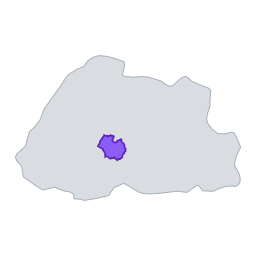 Athang, Wangdi Phodrang, Bhutan shown in context
{"feature_id": "84629894B35951750591258", "entity_name": "Athang", "entity_type": "district", "adm_level": 2, "iso_a3": "BTN", "parent_name": "Bhutan", "parent_adm1": "Wangdi Phodrang", "projection": "equal_earth", "projection_center": [90.199, 27.286], "detail": "fine", "context": "in_parent", "style": "filled", "palette": "violet", "viewbox_px": 256, "rotation_deg": 0, "n_neighbors": 0, "source": "geoboundaries", "source_scale": "gbopen_adm2", "svg_char_len": 5442}
<svg xmlns="http://www.w3.org/2000/svg" viewBox="0 0 256 256"><path d="M210.1,105.1L209.7,107.1L207.8,112.5L206.6,118.4L207.6,123.2L211.9,129.0L217.7,133.6L224.9,133.9L231.6,132.2L234.3,132.9L238.0,140.6L240.6,147.3L237.2,154.1L235.3,160.2L234.6,164.4L235.0,166.3L237.2,169.8L239.8,175.7L240.2,181.1L238.6,184.7L235.1,186.5L231.4,186.0L228.4,186.1L224.6,186.7L218.6,188.7L213.1,191.3L202.7,190.8L198.5,185.5L196.6,185.4L187.1,192.4L176.8,191.2L158.1,193.5L150.2,194.0L142.2,193.3L138.1,191.8L130.5,186.9L123.6,183.3L116.7,186.6L114.2,187.2L108.6,195.6L96.5,198.4L84.4,200.4L80.8,199.3L74.0,198.8L73.7,196.8L73.9,194.9L72.4,193.4L69.6,191.8L64.9,191.2L58.8,189.1L55.3,187.1L42.8,190.0L35.6,185.6L27.4,179.6L23.3,176.9L21.8,167.5L20.4,164.5L17.2,161.4L15.4,157.6L16.8,153.8L25.0,146.7L25.7,145.0L29.5,131.7L34.8,126.8L40.0,120.1L43.9,109.4L51.5,98.5L59.8,87.3L65.5,78.1L69.3,73.9L77.1,69.3L83.6,66.6L88.1,60.5L93.5,57.2L99.1,55.6L107.4,56.4L115.2,58.6L123.8,61.7L124.7,64.1L124.0,68.4L122.8,72.8L122.7,75.1L124.1,76.3L132.4,77.2L142.7,76.5L148.4,77.1L161.2,81.1L165.0,84.0L168.9,86.2L172.7,85.8L177.6,81.1L182.7,77.1L185.8,76.5L188.1,77.8L192.2,81.6L200.7,85.2L208.2,87.9L210.7,90.4L209.9,101.4L210.1,105.1Z" fill="#d9dde1" stroke="#a8b0b8" stroke-width="1"/><path d="M111.2,135.3L110.9,135.2L110.4,135.2L110.2,135.5L109.9,135.5L109.4,135.5L108.7,136.2L108.7,136.3L108.3,136.3L108.2,136.3L108.0,136.2L107.9,136.2L107.7,136.4L107.4,136.3L107.4,136.2L107.5,135.9L107.4,135.6L107.1,135.7L106.9,135.7L106.7,135.7L106.2,135.8L105.8,135.7L105.7,135.7L105.3,135.7L105.2,135.8L104.9,135.8L104.8,135.7L104.7,135.4L104.1,135.0L104.0,135.5L103.9,136.0L103.7,136.1L103.5,136.7L103.4,137.1L103.1,137.2L102.7,137.2L102.6,137.3L102.5,137.5L102.4,137.7L102.0,138.0L101.9,138.2L101.9,138.5L101.9,138.8L101.8,139.1L101.7,139.4L101.7,139.5L101.4,139.6L101.3,139.8L101.0,139.8L100.9,139.9L100.8,140.0L100.6,140.1L100.5,140.4L100.2,141.1L100.1,141.6L99.9,141.8L99.7,141.9L99.7,142.0L99.8,142.1L99.9,142.6L99.9,142.8L99.7,143.2L99.6,143.4L99.6,143.5L99.4,143.7L99.2,143.8L99.0,144.2L98.8,144.3L98.7,144.7L98.6,144.8L98.5,145.0L98.3,145.1L98.2,145.4L98.0,145.8L97.9,146.0L97.9,146.4L98.2,146.4L98.8,146.8L99.2,146.9L99.5,147.1L100.0,147.4L100.3,147.5L100.5,147.9L100.6,148.0L101.8,148.5L102.1,148.6L102.6,148.8L102.8,148.9L102.9,149.0L103.0,149.0L102.8,149.6L102.9,149.9L103.2,150.1L103.2,150.4L103.1,150.5L103.5,150.7L103.6,150.8L103.8,151.0L104.0,151.2L104.0,151.3L104.0,151.5L104.1,151.8L104.3,151.7L104.5,151.8L104.6,152.3L104.9,152.5L105.0,152.7L105.0,152.9L105.1,153.5L105.1,154.0L104.9,154.5L105.0,154.7L105.1,154.8L105.0,155.1L105.2,155.3L105.2,155.8L105.2,156.0L105.1,156.4L105.1,156.8L105.3,156.6L105.5,156.6L105.7,156.4L105.8,156.4L106.0,156.2L106.3,156.2L106.5,156.3L107.2,156.6L107.5,156.8L107.8,157.0L108.1,157.1L108.3,157.4L108.4,157.5L108.5,157.6L109.1,157.8L109.4,158.1L109.7,158.2L109.8,158.3L109.9,158.6L110.0,158.7L110.1,158.8L110.4,158.7L110.6,158.7L110.8,158.7L111.0,158.6L111.2,158.3L111.4,158.2L111.5,158.2L111.7,158.3L111.9,158.3L112.0,158.2L112.3,158.2L112.6,158.2L112.8,158.2L112.8,158.3L113.2,158.4L113.3,158.4L113.5,158.2L113.7,157.9L113.8,157.7L114.1,157.8L114.4,157.6L114.5,157.5L114.7,157.9L114.8,158.1L115.2,158.4L115.6,158.7L115.6,158.8L115.6,159.0L115.8,159.2L116.0,159.2L116.3,159.3L116.8,159.8L116.9,160.0L117.0,160.1L117.2,160.4L117.4,160.3L117.5,160.2L117.7,159.9L117.9,159.6L118.0,159.5L118.0,159.4L118.1,159.2L118.3,159.0L118.5,159.0L118.8,159.2L119.0,159.4L119.3,159.4L119.5,159.1L119.7,158.7L120.0,158.6L120.4,158.6L120.5,158.8L120.7,158.6L120.9,158.5L121.3,158.2L121.5,158.0L121.7,157.8L121.8,157.7L121.9,157.2L122.0,157.1L122.4,157.2L122.4,156.9L122.2,156.4L122.2,156.1L122.2,155.7L122.3,155.4L122.5,155.1L122.9,154.8L123.2,154.5L123.3,154.4L123.5,154.2L123.8,154.0L123.9,153.7L124.1,153.5L124.0,153.4L124.0,153.2L124.0,152.8L124.7,152.1L124.9,152.0L125.0,151.8L125.1,151.7L125.5,151.4L125.6,151.2L125.6,150.9L125.5,150.7L125.5,150.2L125.6,149.9L125.6,149.4L125.5,149.1L125.8,148.9L125.8,148.7L125.6,148.6L125.4,148.6L125.2,148.5L125.2,148.3L125.1,148.2L124.6,148.0L124.6,147.9L124.7,147.7L124.8,147.3L124.8,147.2L124.8,146.9L124.6,146.7L124.6,146.3L124.5,146.1L124.3,145.8L124.3,145.5L124.3,145.3L124.4,145.2L124.5,145.1L124.5,144.9L124.4,144.7L124.1,144.6L124.0,144.2L123.9,144.0L123.8,143.8L123.8,143.7L123.7,143.7L123.4,143.5L123.2,143.4L123.0,143.0L122.8,142.7L122.6,142.7L122.2,142.3L121.9,142.1L121.4,141.4L121.3,141.1L121.4,140.4L121.5,140.2L121.7,139.9L121.6,139.6L121.4,139.6L121.3,139.4L121.2,139.2L120.9,139.1L120.7,139.2L120.6,139.3L120.4,139.5L120.2,139.5L119.6,139.8L119.3,140.0L119.1,140.2L118.9,140.2L118.7,140.3L118.4,140.4L118.2,140.5L117.5,140.4L117.3,140.4L117.2,140.5L117.3,141.4L117.2,141.6L117.0,141.9L116.9,141.9L116.6,141.9L116.4,142.0L116.2,142.2L115.9,142.2L115.8,142.4L115.5,142.4L115.4,142.5L115.0,142.6L114.9,142.4L114.6,142.2L114.2,142.2L113.9,142.0L113.6,141.9L113.2,141.8L113.0,141.3L112.9,141.0L112.6,140.6L112.4,140.4L112.2,140.2L112.3,140.1L112.4,139.9L112.6,139.7L112.7,139.4L112.8,139.3L112.9,139.2L113.0,139.0L113.1,138.9L113.2,138.7L113.3,138.5L113.3,138.4L113.4,138.2L113.5,138.0L113.6,137.9L113.7,137.6L113.7,137.2L113.8,137.2L113.8,136.9L113.9,136.7L113.9,136.2L113.7,136.0L113.6,135.9L113.4,135.8L113.1,135.8L112.9,135.9L112.7,135.9L112.6,136.0L112.3,136.1L112.1,136.3L112.0,136.1L111.9,135.7L111.7,135.4L111.2,135.3Z" fill="#8b5cf6" stroke="#5b21b6" stroke-width="1.5"/></svg>